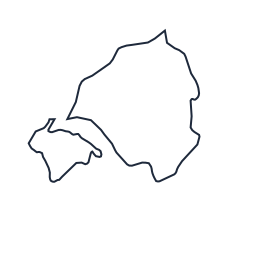 the border of Obwalden, rotated 138°
{"feature_id": "CHE-3427", "entity_name": "Obwalden", "entity_type": "Canton", "adm_level": 1, "iso_a3": "CHE", "parent_name": "Switzerland", "parent_adm1": "", "projection": "albers", "projection_center": [8.312, 46.869], "detail": "fine", "context": "isolated", "style": "outline", "palette": "slate", "viewbox_px": 256, "rotation_deg": 138, "n_neighbors": 0, "source": "natural_earth", "source_scale": "10m", "svg_char_len": 1761}
<svg xmlns="http://www.w3.org/2000/svg" viewBox="0 0 256 256"><g transform="rotate(138 128 128)"><path d="M167.1,175.2L149.4,182.2L135.8,191.7L131.3,193.4L127.4,193.3L119.5,190.8L98.3,188.2L93.5,189.1L83.9,192.8L81.8,193.3L78.7,192.4L73.9,190.2L69.7,187.3L56.0,178.2L48.2,176.5L35.4,175.7L42.0,165.2L39.9,156.0L37.9,151.7L36.6,145.5L37.5,142.4L44.6,126.3L46.1,117.8L47.6,113.5L49.0,110.6L51.9,106.3L53.6,104.9L55.6,104.1L57.9,104.0L59.2,104.2L59.9,104.9L60.5,106.3L61.4,106.9L63.2,106.4L72.9,94.1L81.1,86.5L81.7,83.5L81.3,80.6L79.8,75.3L80.7,73.7L87.5,69.3L110.0,67.2L116.8,65.5L119.2,64.5L121.3,63.2L123.1,62.6L124.7,62.6L140.2,67.3L141.5,68.2L142.6,69.7L141.9,72.8L141.2,75.2L140.1,78.0L139.0,80.0L137.7,81.9L136.7,83.9L136.1,87.9L138.2,90.5L140.6,92.8L150.2,97.3L152.2,99.2L153.0,101.6L153.0,117.5L152.4,120.2L150.4,127.0L149.9,139.0L149.3,144.6L150.3,158.6L158.7,170.2L167.1,175.2ZM180.5,187.0L176.7,183.7L188.3,180.0L189.2,178.9L188.4,176.9L187.2,175.7L180.9,173.0L179.3,171.7L178.1,170.1L176.5,167.3L175.2,165.8L174.6,165.0L174.2,164.3L174.0,163.4L173.6,160.8L173.1,159.6L170.0,157.7L169.0,156.8L169.0,155.2L169.3,153.2L169.1,151.2L166.8,143.7L166.2,140.9L165.5,133.9L164.1,131.1L163.9,129.1L165.4,126.2L167.1,125.0L168.5,125.5L170.7,128.5L170.7,130.8L170.6,132.5L170.3,133.8L170.3,134.4L171.1,134.6L172.6,134.1L180.3,129.0L182.2,128.9L184.0,129.7L185.6,133.3L189.8,136.6L209.5,135.9L213.8,135.5L215.2,136.5L218.6,137.3L219.7,138.3L220.4,139.6L220.6,140.6L220.1,142.1L219.0,143.9L215.9,147.2L213.7,151.4L211.4,159.0L210.5,163.3L208.7,166.8L209.7,169.2L210.7,170.2L211.9,170.9L212.3,172.3L212.6,174.3L213.3,177.3L212.8,180.3L212.0,183.1L198.9,187.2L190.8,184.3L188.7,184.3L183.3,185.4L180.5,187.0Z" fill="none" stroke="#1e293b" stroke-width="2"/></g></svg>